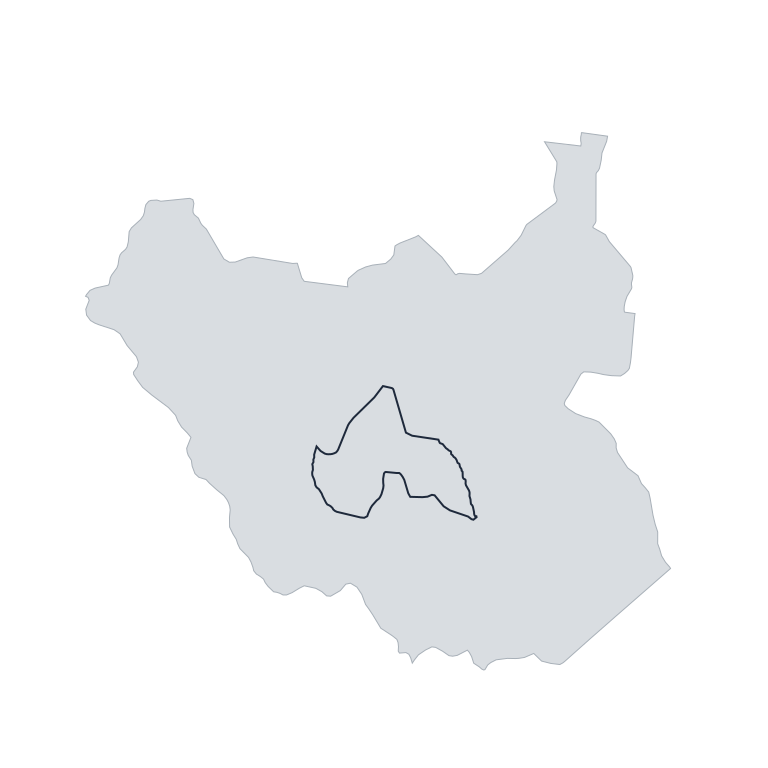 Lakes highlighted on a map of South Sudan, rotated 7°
{"feature_id": "SDS-863", "entity_name": "Lakes", "entity_type": "State", "adm_level": 1, "iso_a3": "SSD", "parent_name": "South Sudan", "parent_adm1": "", "projection": "robinson", "projection_center": [30.344, 6.76], "detail": "fine", "context": "in_parent", "style": "outline", "palette": "slate", "viewbox_px": 768, "rotation_deg": 7, "n_neighbors": 0, "source": "natural_earth", "source_scale": "10m", "svg_char_len": 5648}
<svg xmlns="http://www.w3.org/2000/svg" viewBox="0 0 768 768"><g transform="rotate(7 384 384)"><path d="M619.6,611.8L597.1,637.4L595.5,639.0L592.7,641.0L583.6,641.0L574.2,639.8L565.5,633.2L556.7,638.3L551.1,639.9L547.8,640.5L539.9,641.3L528.9,644.1L523.9,647.5L521.2,650.2L519.0,655.2L517.9,655.7L515.9,655.1L513.0,653.1L507.1,650.2L504.2,643.9L501.4,640.0L499.2,638.0L489.8,644.4L485.3,645.8L481.6,645.7L474.8,642.1L467.3,639.1L463.5,639.1L457.7,642.9L451.2,648.6L447.8,654.2L446.1,657.6L443.8,652.4L441.6,649.2L438.5,647.9L432.2,649.2L430.7,647.4L430.4,643.0L429.5,639.0L427.9,635.9L423.0,632.9L410.6,626.8L401.0,614.5L396.1,608.8L392.6,605.1L387.6,595.5L381.9,588.9L375.0,585.8L370.5,587.3L365.8,594.4L356.9,601.1L352.9,601.3L347.7,597.7L341.2,595.1L329.4,594.0L324.6,597.2L318.2,602.3L312.9,605.3L309.5,605.7L306.4,604.5L302.9,603.8L299.8,603.7L293.6,599.0L290.3,595.6L288.2,592.3L284.6,590.1L280.5,588.2L277.5,585.3L276.1,581.6L273.7,576.9L270.7,572.6L261.1,565.0L258.3,560.5L256.3,556.2L252.4,551.3L248.2,544.8L246.9,535.4L246.7,527.8L245.8,524.2L244.1,520.7L242.0,517.7L238.7,514.3L230.9,509.4L222.9,503.8L219.0,500.5L211.7,499.2L207.3,496.0L203.6,488.9L202.1,483.2L198.4,478.7L196.9,475.5L196.0,471.8L198.9,460.5L194.7,456.5L188.3,451.4L183.8,445.7L181.0,440.5L172.9,433.6L155.1,423.4L144.9,416.8L139.3,410.9L134.4,405.1L133.9,402.8L137.1,397.0L137.6,392.3L135.0,387.1L124.4,377.2L116.0,366.4L109.5,363.0L94.1,360.0L89.6,358.8L85.0,356.8L80.4,351.9L78.9,346.1L81.2,336.9L79.7,334.1L77.1,333.3L77.9,331.4L80.8,326.9L85.6,324.0L98.4,319.5L99.1,317.7L99.4,312.0L100.4,309.1L104.8,301.2L105.5,298.0L105.7,291.2L106.3,288.0L107.6,285.7L111.1,281.8L112.3,279.3L112.9,274.1L112.5,263.8L114.3,259.8L122.4,250.4L124.6,246.3L125.3,242.5L125.3,238.7L125.8,235.0L128.2,231.3L130.2,230.2L136.2,229.1L140.2,229.8L168.5,223.4L171.8,224.3L173.3,228.0L173.1,234.1L173.6,237.0L175.1,239.1L179.6,242.0L182.6,246.8L184.3,248.6L188.8,251.9L209.8,279.4L215.7,282.0L221.5,281.1L232.9,275.4L238.6,273.9L278.6,275.5L283.1,274.7L283.3,274.8L289.4,288.6L292.3,291.8L336.2,292.0L335.3,288.0L335.9,283.6L343.6,275.2L344.7,274.2L351.5,270.1L358.1,267.4L370.8,264.2L375.5,259.2L378.0,254.7L378.1,245.7L379.8,244.2L382.8,242.1L397.5,234.1L400.0,232.3L426.0,251.0L440.6,265.9L441.5,266.6L442.2,266.8L443.0,266.3L443.6,265.7L445.4,265.0L451.7,264.8L463.5,264.1L467.3,262.3L491.0,235.9L497.0,227.4L498.5,225.7L502.0,219.7L505.6,209.4L506.3,208.2L532.2,183.5L533.1,181.5L533.3,179.9L529.4,171.6L528.5,167.4L528.4,160.9L529.1,150.7L528.8,144.3L528.5,142.6L528.3,142.2L513.8,124.0L550.3,123.8L550.4,121.5L550.3,120.8L549.6,118.6L549.2,115.7L549.2,114.1L549.4,112.6L549.4,111.8L549.3,111.0L549.3,110.7L549.5,110.4L575.7,110.8L575.4,116.0L572.2,128.1L572.3,135.4L571.6,143.6L570.7,146.1L569.3,148.1L568.9,149.1L568.9,150.0L574.5,196.5L574.1,198.4L572.6,201.3L572.2,202.3L572.2,203.0L572.8,203.5L584.9,208.5L585.5,208.8L585.9,209.2L590.3,215.2L614.2,237.3L615.0,238.4L617.5,245.3L617.8,246.3L617.9,248.0L617.9,249.3L617.3,253.4L617.5,255.3L617.9,256.5L618.2,258.0L618.2,258.4L618.0,259.4L614.5,267.4L613.3,273.1L613.0,277.9L613.2,280.7L613.6,282.5L613.9,283.2L614.3,283.4L624.6,283.5L624.5,286.0L626.0,327.9L626.0,332.7L625.6,338.6L624.4,340.9L621.5,344.2L617.8,347.2L608.6,348.0L600.8,347.9L595.3,347.3L587.8,347.0L580.8,347.6L578.2,350.2L568.9,372.5L566.0,378.1L565.3,381.3L566.1,383.3L569.8,386.1L577.8,390.0L587.0,392.3L593.8,393.3L598.5,394.4L602.1,395.6L615.1,405.8L619.3,410.5L621.7,414.6L622.2,419.1L624.1,423.5L636.0,437.5L647.3,444.1L651.7,451.5L655.9,455.1L659.9,459.0L662.0,464.8L667.0,481.5L670.3,490.3L673.7,497.5L675.1,509.2L677.8,514.4L680.5,520.8L685.1,526.6L690.0,531.0L690.9,532.2L641.9,586.8L619.6,611.8Z" fill="#d9dde1" stroke="#a8b0b8" stroke-width="1"/><path d="M383.2,386.2L391.6,387.0L392.6,387.2L393.5,387.7L394.1,388.6L411.7,429.6L418.2,431.9L444.8,432.6L445.0,433.1L446.5,435.6L446.9,435.9L447.4,436.0L447.8,436.1L449.2,436.4L449.7,436.6L453.4,440.2L455.2,441.1L456.0,441.8L456.6,442.1L457.9,442.5L458.5,442.8L458.9,443.5L459.1,444.9L459.3,445.5L459.6,445.7L460.5,446.2L460.9,446.5L461.7,447.5L462.1,447.9L463.2,448.4L464.1,449.1L465.3,450.6L466.2,452.4L466.7,453.3L467.4,453.6L468.4,454.0L468.8,454.8L469.1,455.9L469.5,457.0L471.2,459.0L471.4,459.5L471.5,460.1L471.6,460.6L472.0,460.9L472.6,461.4L472.9,462.7L473.3,465.6L473.6,466.9L474.1,467.8L474.7,468.4L475.7,468.6L476.5,469.1L476.9,470.3L477.1,472.9L477.7,474.5L481.3,479.3L481.7,480.1L482.1,481.1L482.3,482.3L482.5,484.8L483.9,488.0L484.5,490.8L484.9,492.4L485.6,493.1L486.2,493.5L486.8,494.3L487.3,495.3L489.0,500.2L489.2,501.5L489.4,502.2L489.7,503.0L490.3,503.7L490.7,504.3L491.1,504.2L491.4,504.0L491.8,504.0L492.1,504.9L489.3,507.8L487.3,507.5L483.6,505.3L464.9,501.4L458.1,498.1L447.8,488.3L445.0,488.2L441.0,490.5L436.1,491.6L423.8,492.8L421.4,489.5L415.8,476.7L413.9,474.0L412.0,471.9L410.9,471.0L410.0,470.5L407.5,470.8L396.4,471.1L395.5,471.7L394.9,472.9L394.7,478.3L395.3,482.3L395.9,484.8L395.9,487.6L394.9,493.7L393.9,496.6L393.0,498.3L390.9,500.5L387.0,506.2L385.9,508.6L384.1,514.4L383.5,517.3L380.7,519.2L376.8,519.3L352.7,516.6L350.7,515.9L348.9,514.7L348.0,513.4L347.0,512.6L345.9,511.8L344.3,511.1L342.4,510.5L341.0,509.0L336.9,502.9L335.5,500.3L332.2,496.3L329.7,494.8L328.2,492.9L327.3,489.6L326.3,487.3L324.1,483.6L323.7,482.1L323.5,480.2L323.9,477.9L323.3,474.3L322.6,472.3L323.5,470.1L323.1,467.6L323.7,465.4L323.3,462.6L324.7,454.2L329.2,458.2L333.7,460.3L335.6,460.6L337.4,460.5L339.4,460.2L341.2,459.7L343.1,458.8L344.8,457.7L345.9,456.0L346.5,454.6L353.3,429.4L354.3,427.1L357.9,421.2L376.0,398.5L383.2,386.2Z" fill="none" stroke="#1e293b" stroke-width="2"/></g></svg>